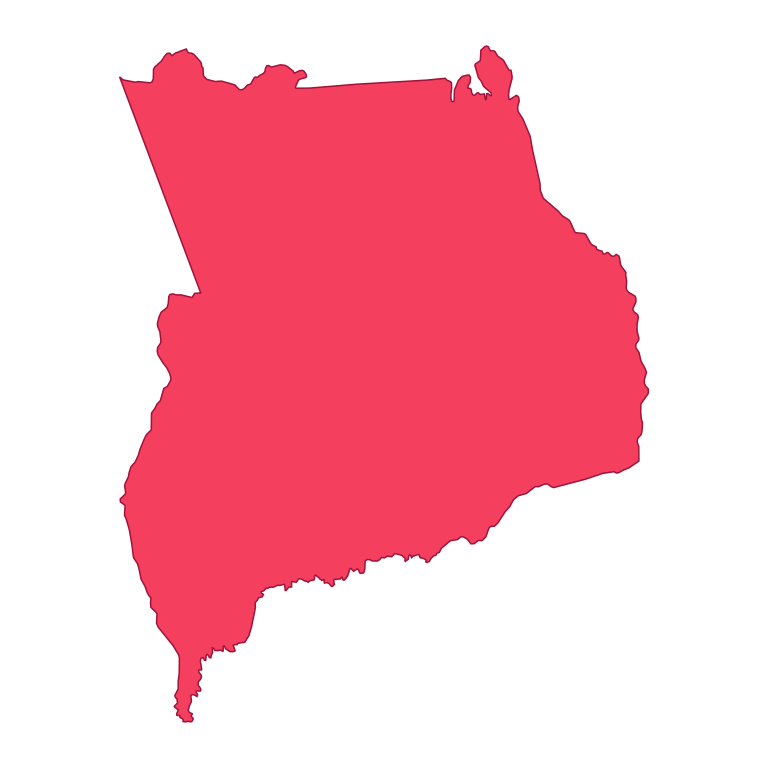 Loc Ninh, Bình Phước, Vietnam (Equal Earth projection)
{"feature_id": "81297802B87348344277653", "entity_name": "Loc Ninh", "entity_type": "district", "adm_level": 2, "iso_a3": "VNM", "parent_name": "Vietnam", "parent_adm1": "Bình Phước", "projection": "equal_earth", "projection_center": [106.558, 11.824], "detail": "fine", "context": "isolated", "style": "filled", "palette": "rose", "viewbox_px": 768, "rotation_deg": 0, "n_neighbors": 0, "source": "geoboundaries", "source_scale": "gbopen_adm2", "svg_char_len": 5997}
<svg xmlns="http://www.w3.org/2000/svg" viewBox="0 0 768 768"><path d="M425.9,562.0L426.9,562.5L429.3,561.4L431.0,558.4L433.5,556.0L435.9,555.2L437.1,553.1L439.3,552.4L441.3,548.4L450.2,540.8L457.7,539.5L460.4,537.1L463.2,536.7L467.6,539.5L470.9,543.8L473.9,543.8L478.5,540.4L481.4,540.7L482.6,540.2L486.0,536.5L488.8,528.4L490.4,526.5L494.4,526.2L497.8,523.1L505.1,511.8L509.7,506.7L513.5,499.7L518.4,495.7L526.3,493.5L535.2,486.6L538.6,486.7L544.5,484.1L547.7,484.0L551.1,486.6L553.6,487.6L586.1,479.0L602.6,473.4L614.1,471.7L616.2,473.0L618.7,472.7L623.0,470.3L628.9,467.9L638.9,461.1L638.8,446.6L637.2,441.8L637.4,439.6L638.0,438.1L641.1,434.7L641.8,432.1L642.3,427.8L642.5,422.9L641.4,419.4L640.7,412.2L640.9,404.0L648.0,393.9L648.4,391.9L648.3,389.0L645.5,385.8L644.4,383.5L644.4,379.6L646.5,372.3L645.1,368.6L641.0,361.0L639.0,352.5L635.9,347.8L635.7,346.6L636.0,344.0L638.8,340.0L638.8,337.7L637.4,332.6L637.0,328.9L637.1,324.1L638.4,317.2L637.6,314.7L634.3,312.1L633.0,310.0L632.9,308.7L635.9,302.0L635.9,298.2L635.0,296.1L628.6,292.3L626.6,289.8L626.2,287.4L626.7,281.5L625.6,274.5L626.0,273.1L625.4,271.6L621.3,266.3L620.5,264.1L619.5,257.6L618.7,255.9L616.1,254.4L614.4,256.1L612.0,256.2L608.4,252.9L607.1,252.5L604.7,254.0L603.2,253.8L602.0,251.2L597.4,249.8L596.4,248.8L596.2,247.0L591.6,244.5L590.3,242.8L585.7,234.5L584.1,233.5L575.7,232.7L574.7,231.8L570.3,221.9L568.7,219.8L562.2,215.7L558.3,211.2L543.3,198.3L540.3,190.3L540.0,183.5L532.5,149.7L530.2,136.3L522.9,118.9L518.2,111.7L517.9,110.4L517.6,106.8L519.2,101.1L518.8,97.8L517.8,96.2L516.3,95.4L509.9,99.5L509.0,99.3L508.6,94.8L509.1,89.7L512.0,78.8L512.1,76.4L511.0,70.3L508.9,70.1L503.5,60.3L497.8,56.1L494.9,51.5L493.7,50.8L490.4,50.8L488.2,46.6L486.6,46.1L484.9,46.5L480.9,50.2L480.3,60.6L475.2,64.1L474.9,65.4L478.4,77.6L481.0,80.8L483.5,86.3L491.0,92.8L491.4,95.5L490.2,95.6L487.9,93.5L486.5,93.8L486.4,98.1L486.1,99.3L485.5,99.5L484.2,93.9L480.3,94.5L478.1,92.7L477.0,93.0L474.6,95.4L472.6,94.6L471.9,93.3L471.1,89.3L470.4,88.5L467.8,88.0L468.2,85.5L470.0,82.9L470.6,77.7L469.2,75.1L467.6,75.0L462.0,76.5L458.3,80.7L454.4,90.2L454.1,100.9L453.2,101.6L451.7,101.5L451.0,98.6L450.9,94.7L451.7,87.7L451.4,82.6L449.9,81.3L447.0,80.2L445.1,78.3L426.7,80.1L356.7,84.2L309.6,88.1L296.2,88.2L295.5,87.6L295.9,85.8L298.4,80.3L299.8,79.2L305.7,77.6L306.5,76.7L306.1,74.4L304.0,71.2L302.6,70.4L299.6,70.7L294.2,73.2L293.3,71.2L287.5,66.6L285.2,65.4L280.4,64.8L271.3,67.1L268.8,65.6L266.9,65.7L265.5,68.3L264.9,71.5L263.5,73.4L259.8,75.3L257.5,77.4L255.4,77.0L254.4,77.5L250.6,84.1L247.6,84.9L244.1,88.6L242.2,89.7L240.7,89.8L238.9,89.3L235.1,85.1L233.3,84.4L221.5,81.1L215.2,81.5L206.8,79.4L203.5,75.9L203.0,68.1L201.7,66.4L201.4,63.8L200.5,61.7L193.8,54.4L191.9,53.3L188.2,52.8L186.2,49.0L175.3,53.1L171.8,55.7L169.8,53.2L167.1,53.4L164.4,56.4L161.5,61.0L154.8,67.0L153.5,69.4L153.3,78.9L151.8,82.2L149.6,82.8L138.4,81.6L135.3,82.2L123.1,79.9L119.6,76.9L200.7,292.9L194.7,293.3L192.0,297.5L181.2,294.9L176.6,294.9L172.7,293.9L169.9,294.5L168.8,296.5L168.2,303.8L167.1,307.5L161.0,312.4L159.0,317.1L157.4,323.4L157.6,326.3L159.9,331.9L160.9,340.7L160.7,342.9L157.6,347.5L157.2,351.7L158.2,355.1L162.8,362.6L167.0,368.1L169.8,373.8L170.9,378.1L170.8,380.0L167.3,386.5L163.8,388.4L160.3,400.7L157.1,403.9L154.8,408.5L151.5,413.1L151.3,429.8L146.4,434.7L143.8,440.0L140.1,449.1L138.3,455.2L135.3,461.9L131.0,466.7L129.2,472.2L128.4,476.8L125.3,483.2L124.6,485.6L125.6,492.2L125.4,493.9L120.2,499.0L120.4,501.9L125.1,505.4L124.5,515.4L126.1,518.7L129.3,529.7L131.8,544.1L133.5,557.6L137.5,563.7L139.0,568.8L141.1,579.3L144.9,586.1L147.0,592.1L149.0,595.8L150.9,597.9L150.5,603.3L150.9,607.4L156.0,612.3L157.0,614.0L156.5,623.2L158.4,627.4L173.0,645.5L178.7,654.9L179.4,657.7L179.2,673.5L178.2,681.1L178.2,688.9L174.9,695.4L175.1,696.8L177.0,699.3L177.5,702.9L174.3,706.3L174.5,707.1L178.3,709.8L176.6,714.0L176.7,715.2L180.0,715.8L179.9,717.4L182.9,719.1L183.3,720.5L183.0,721.5L185.1,721.9L188.2,721.3L190.7,721.9L192.2,721.1L193.2,719.1L193.0,718.1L191.3,716.5L191.3,715.6L192.3,714.2L192.2,713.7L189.5,712.5L188.2,710.5L189.5,705.5L191.4,701.7L190.9,695.6L191.7,694.8L193.9,694.8L197.0,696.5L197.6,694.6L196.2,692.3L196.2,691.2L196.9,690.7L200.1,691.2L200.8,690.2L200.6,688.6L198.3,685.3L198.1,683.4L198.4,681.8L200.5,679.3L201.5,676.8L201.2,675.1L199.0,672.4L198.7,670.5L199.0,669.7L201.3,670.0L201.7,669.5L200.4,661.5L200.6,659.4L201.3,658.0L203.2,657.7L204.5,660.3L205.7,660.5L206.2,655.8L206.5,654.8L207.3,654.4L208.5,655.6L209.3,657.5L210.8,657.9L211.3,655.1L212.6,652.7L212.2,647.9L213.5,648.3L215.0,650.5L217.9,650.6L220.3,650.0L222.6,651.3L223.2,651.0L223.2,646.5L223.8,645.8L224.6,646.3L225.5,648.8L230.1,651.7L233.7,651.6L234.7,651.3L235.0,650.3L233.2,645.4L234.9,644.6L237.0,644.7L238.1,643.3L244.8,642.2L249.0,635.5L251.5,626.8L255.4,607.8L255.1,602.6L257.2,600.4L258.6,597.8L262.2,596.9L263.5,594.4L261.1,592.9L261.1,591.7L263.8,590.8L265.9,588.4L268.2,588.1L269.4,587.2L273.4,587.2L277.4,585.3L280.0,585.4L283.9,584.3L284.7,585.1L285.2,590.5L286.1,590.5L288.8,587.1L291.6,587.0L291.6,581.5L296.3,582.2L298.6,579.1L299.7,578.7L301.7,579.1L304.4,580.9L307.1,581.4L308.1,582.3L309.9,580.8L314.2,579.8L315.0,575.3L316.0,575.2L317.5,576.8L318.7,577.3L319.5,578.8L321.2,579.7L321.7,580.5L323.9,579.6L324.4,583.1L326.3,582.6L328.9,583.4L331.4,586.3L332.4,586.4L334.5,584.4L333.7,581.2L334.1,579.5L340.5,578.9L341.4,577.3L342.1,577.4L343.0,579.9L344.0,580.2L345.1,579.4L347.5,576.2L350.1,568.5L351.0,568.5L353.6,571.3L357.4,568.9L358.6,569.9L359.6,572.8L360.4,573.3L363.4,573.1L364.3,571.5L364.9,568.2L365.1,561.5L365.5,560.6L367.2,559.6L369.9,559.7L372.1,560.9L377.1,561.1L379.4,559.9L381.6,557.5L384.4,557.9L387.2,556.2L391.7,556.7L394.2,554.1L396.0,553.7L401.9,555.4L405.2,558.5L404.9,560.7L405.3,561.4L408.2,559.3L408.9,555.6L409.6,554.9L410.5,555.1L411.5,557.7L413.0,556.3L417.9,554.5L418.9,554.8L420.2,557.8L422.9,558.2L425.5,559.5L426.0,560.2L425.9,562.0Z" fill="#f43f5e" stroke="#9f1239" stroke-width="1.5"/></svg>